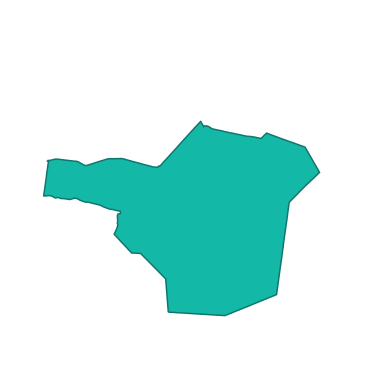 Ooststellingwerf, Friesland, Netherlands (Mercator projection), rotated 40°
{"feature_id": "6326949B66213394722259", "entity_name": "Ooststellingwerf", "entity_type": "district", "adm_level": 2, "iso_a3": "NLD", "parent_name": "Netherlands", "parent_adm1": "Friesland", "projection": "mercator", "projection_center": [6.224, 52.991], "detail": "fine", "context": "isolated", "style": "filled", "palette": "teal", "viewbox_px": 384, "rotation_deg": 40, "n_neighbors": 0, "source": "geoboundaries", "source_scale": "gbopen_adm2", "svg_char_len": 5112}
<svg xmlns="http://www.w3.org/2000/svg" viewBox="0 0 384 384"><g transform="rotate(40 192 192)"><path d="M61.3,261.2L61.4,261.3L61.5,261.2L61.8,261.2L62.0,261.1L62.4,261.0L62.5,261.1L62.9,261.6L64.2,263.8L64.3,264.0L65.2,265.3L65.3,265.5L68.6,270.8L69.9,272.9L70.3,273.4L77.7,285.2L78.9,287.2L79.8,288.7L80.9,290.3L81.3,290.0L81.7,289.7L82.1,289.4L83.1,288.3L83.2,288.2L83.3,288.2L83.5,287.9L84.0,287.4L84.3,287.1L85.1,286.5L85.6,286.1L85.9,285.9L86.0,285.9L86.2,285.7L86.8,285.4L87.5,285.2L88.0,285.0L88.6,284.9L90.5,284.7L91.1,284.4L91.4,284.2L91.5,284.1L92.4,282.9L92.7,282.6L92.9,282.4L93.1,282.2L93.3,282.1L93.5,282.0L93.7,281.9L94.0,281.8L94.4,281.7L95.0,281.6L95.3,281.5L95.6,281.3L95.8,281.2L96.4,280.8L96.6,280.6L96.8,280.5L97.0,280.3L97.4,279.9L97.8,279.7L99.3,278.7L102.1,277.0L102.4,276.8L102.6,276.8L102.8,276.7L103.1,276.4L103.3,276.1L104.0,275.2L104.3,274.8L104.5,274.4L106.0,272.3L106.2,272.1L106.4,271.9L106.6,271.7L107.0,271.5L107.3,271.3L107.5,271.2L108.3,271.0L110.5,270.4L110.8,270.4L111.4,270.3L111.6,270.3L111.8,270.2L112.7,269.9L112.8,269.9L113.8,269.5L114.5,269.2L116.4,268.5L116.7,268.3L119.2,266.5L119.7,266.2L120.7,265.8L122.0,265.1L122.4,264.9L122.7,264.8L122.8,264.8L123.0,264.6L124.7,263.8L125.5,263.4L126.6,262.8L127.4,262.4L128.3,262.0L129.1,261.6L129.9,261.3L130.3,261.2L131.2,260.9L134.3,260.1L135.3,259.8L136.6,259.2L137.4,259.0L138.8,258.5L139.4,258.2L140.2,257.9L140.9,257.5L141.7,256.9L142.5,256.4L144.8,255.3L146.3,254.6L146.9,254.3L147.2,254.1L147.8,253.8L148.0,253.7L149.1,253.0L149.3,252.8L149.5,252.7L151.0,254.6L150.8,254.8L150.3,255.4L150.0,255.8L149.9,255.9L150.0,255.9L150.0,256.0L149.9,256.9L149.8,257.3L149.7,257.6L149.8,257.8L150.5,258.7L150.9,258.9L151.0,258.9L151.7,259.9L151.8,260.1L152.0,260.3L153.7,262.0L153.8,262.2L154.0,262.5L154.3,262.9L155.0,264.1L155.2,264.3L155.3,264.3L156.0,264.4L156.2,264.7L156.4,265.1L156.5,265.4L156.8,266.0L157.0,266.2L157.0,266.3L157.1,266.5L157.3,266.9L157.4,267.0L157.5,267.2L157.6,267.6L157.7,267.8L157.8,268.1L157.8,268.3L158.0,268.7L158.1,269.2L158.1,269.3L158.2,269.7L158.3,269.9L158.5,270.6L158.7,271.2L158.9,272.1L159.0,272.5L159.2,273.2L159.5,274.4L167.7,275.4L168.8,275.6L169.5,275.6L170.1,275.7L170.6,275.8L171.5,275.9L172.5,276.0L174.1,276.2L176.6,276.5L177.9,276.6L179.7,276.9L182.4,277.2L185.2,277.5L185.4,277.1L188.8,274.6L192.3,272.1L196.2,272.5L202.9,273.1L211.9,274.0L212.5,274.0L227.7,275.5L250.8,299.0L251.7,298.8L296.7,265.5L304.9,250.0L309.7,241.0L309.8,240.7L322.7,216.2L313.0,200.8L309.4,195.1L303.8,186.1L303.1,185.0L298.9,178.4L297.0,175.2L295.9,173.7L295.0,172.3L290.0,164.4L289.8,163.9L289.4,163.3L286.0,157.9L281.9,151.3L280.7,149.5L279.2,147.1L274.6,139.9L273.6,138.3L273.1,137.4L273.3,134.4L274.0,126.2L274.2,122.9L274.3,121.4L274.9,114.6L275.4,110.5L275.8,106.6L275.9,106.0L275.9,105.5L276.1,104.5L276.3,102.8L276.3,102.7L276.9,96.9L277.1,95.0L272.9,93.4L267.3,91.4L264.6,90.4L249.8,85.0L246.5,86.1L246.4,86.2L243.3,87.3L240.7,88.3L237.6,89.4L236.7,89.7L236.2,89.9L236.1,90.0L235.7,90.2L233.2,91.1L231.7,91.6L229.8,92.3L229.0,92.6L228.8,92.7L227.8,93.1L227.5,93.2L223.8,94.5L221.2,95.4L217.1,96.9L214.3,97.9L212.0,98.7L211.2,99.0L211.1,100.3L211.0,101.1L210.8,103.4L210.7,104.6L210.7,105.0L210.5,106.6L209.6,107.1L208.4,107.7L206.6,108.7L206.6,108.8L206.4,108.9L206.0,109.1L205.8,109.2L205.5,109.3L205.3,109.3L205.2,109.4L205.0,109.5L204.2,110.0L202.4,111.1L200.8,112.1L200.1,112.5L199.5,113.1L199.3,113.3L196.1,115.2L191.2,117.7L189.7,118.6L188.9,119.0L188.5,119.2L184.6,121.2L184.6,121.4L182.3,122.6L181.3,123.1L181.0,123.2L179.0,124.3L177.1,125.3L176.9,125.3L175.8,125.9L172.9,127.4L172.5,127.7L166.7,130.7L166.5,130.8L166.4,130.8L166.1,130.8L165.4,130.8L165.1,130.8L164.9,130.8L164.2,130.9L163.1,131.1L162.6,131.2L161.9,131.5L160.7,131.9L160.6,132.0L160.7,132.3L158.9,133.4L158.9,134.5L156.2,133.4L155.1,133.0L153.5,132.3L153.2,132.4L153.2,132.8L153.1,134.9L153.0,137.7L152.9,138.8L152.9,139.6L152.8,140.1L152.5,148.3L152.4,149.8L152.4,150.6L152.3,152.3L152.3,153.4L152.2,156.2L152.1,157.5L152.1,158.4L152.0,160.0L152.0,160.5L151.9,163.5L151.8,165.3L151.8,167.7L151.8,168.1L151.7,170.1L151.5,174.9L151.3,178.6L151.3,180.2L151.0,186.1L150.8,192.7L149.8,193.5L149.8,194.4L149.8,195.1L147.8,196.6L147.3,197.0L147.0,197.2L146.5,197.5L146.3,197.7L145.8,197.9L135.7,202.7L135.1,202.9L135.0,203.0L134.2,203.3L128.1,206.2L117.8,210.9L117.5,211.1L117.1,211.3L116.8,211.5L116.5,211.7L116.3,211.9L115.4,212.6L113.3,214.5L112.5,215.2L112.3,215.4L112.0,215.6L111.9,215.6L111.6,216.0L107.2,219.7L106.8,220.2L106.4,220.5L106.0,221.0L105.6,221.6L98.9,232.0L97.5,234.3L96.0,236.6L95.1,238.0L94.6,238.8L94.4,239.1L94.2,239.4L94.1,239.5L93.8,239.8L93.3,240.1L93.0,240.3L92.7,240.5L92.3,240.7L91.9,240.8L91.7,240.9L86.3,241.8L85.4,242.0L85.0,242.1L84.8,242.2L84.6,242.3L84.2,242.5L82.8,243.4L82.8,243.5L82.7,243.6L82.4,243.7L82.2,243.9L73.8,249.4L69.3,252.3L67.5,253.6L67.1,253.8L66.7,254.2L66.3,254.5L66.2,254.7L65.7,255.3L65.1,256.1L62.1,260.1L62.3,260.3L62.2,260.7L62.0,261.0L61.9,261.0L61.7,261.1L61.5,260.9L61.5,261.0L61.4,261.0L61.3,261.2Z" fill="#14b8a6" stroke="#0f766e" stroke-width="1.5"/></g></svg>